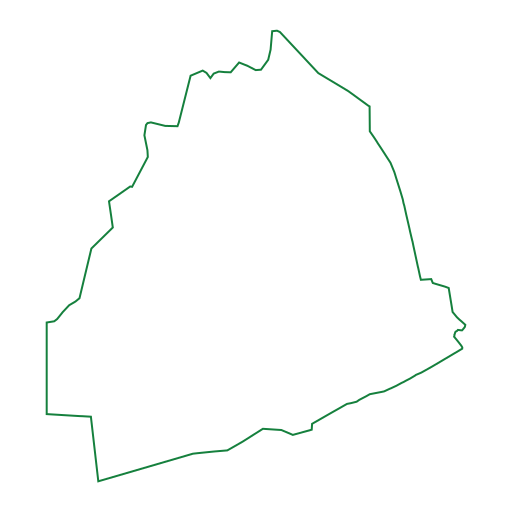 Sana'a City Outskirts - Hamdan, Sana'a, Yemen (Natural Earth projection)
{"feature_id": "15242507B72853055261657", "entity_name": "Sana'a City Outskirts - Hamdan", "entity_type": "district", "adm_level": 2, "iso_a3": "YEM", "parent_name": "Yemen", "parent_adm1": "Sana'a", "projection": "natural_earth1", "projection_center": [44.145, 15.413], "detail": "fine", "context": "isolated", "style": "outline", "palette": "green", "viewbox_px": 512, "rotation_deg": 0, "n_neighbors": 0, "source": "geoboundaries", "source_scale": "gbopen_adm2", "svg_char_len": 2124}
<svg xmlns="http://www.w3.org/2000/svg" viewBox="0 0 512 512"><path d="M239.1,62.5L230.7,72.3L224.6,72.1L220.4,71.7L218.8,71.6L213.7,73.6L210.4,78.1L206.5,72.9L202.7,70.6L190.6,75.7L178.8,122.5L177.5,126.2L165.2,125.9L150.9,122.4L147.5,123.1L146.0,125.0L144.4,135.3L147.4,150.1L147.5,151.4L147.7,154.8L147.8,157.0L132.1,186.8L130.2,186.5L109.0,201.3L111.1,215.6L112.7,226.8L112.8,227.5L91.4,248.5L84.3,278.1L79.5,298.2L75.5,301.5L69.2,305.2L62.8,312.0L59.3,316.4L57.1,319.1L54.2,321.3L46.7,322.5L46.7,353.9L46.7,361.2L46.7,361.9L46.7,378.9L46.7,390.7L46.7,414.1L79.7,416.1L82.4,416.2L90.9,416.7L98.3,481.3L192.9,453.7L197.4,453.2L214.1,451.5L227.3,450.4L242.7,441.6L254.5,434.1L262.9,428.8L275.0,429.6L281.3,430.0L291.5,434.3L292.8,434.9L311.7,429.7L312.1,423.8L333.6,411.5L339.3,408.3L343.3,406.0L347.0,403.9L350.7,403.2L352.3,402.8L356.7,401.7L357.2,401.3L357.7,401.0L358.2,400.6L359.2,399.9L363.6,397.6L366.3,396.2L369.8,394.2L381.7,391.9L383.6,391.5L384.1,391.4L389.9,388.7L391.2,388.2L392.0,387.8L395.0,386.4L396.1,385.9L401.6,382.9L403.6,382.0L405.9,380.7L410.0,378.6L411.5,377.7L415.0,375.6L415.9,374.9L419.7,373.3L421.3,372.6L425.6,370.2L432.0,366.6L462.2,348.7L462.3,347.4L461.3,345.7L458.2,341.7L454.1,336.7L454.4,335.9L454.4,334.7L454.8,333.9L454.9,333.4L455.2,332.4L455.6,331.7L457.2,330.8L457.9,329.9L458.7,330.0L461.0,330.3L462.1,330.3L462.9,329.4L464.6,327.3L464.9,326.7L465.1,325.8L465.3,324.8L461.3,321.2L459.3,319.5L456.9,317.2L452.6,312.0L451.7,306.3L451.6,305.7L451.5,305.1L448.7,288.0L444.9,286.6L435.7,283.9L433.5,283.2L432.8,283.0L431.2,279.1L420.9,279.8L420.0,276.3L418.2,267.9L417.9,266.8L413.9,248.2L413.5,246.4L412.5,241.5L412.2,240.5L410.0,231.2L409.5,228.8L408.4,224.0L406.2,214.5L404.3,205.8L403.5,203.1L402.8,199.5L400.4,191.4L396.0,177.5L395.1,174.5L394.3,172.0L393.4,169.8L390.5,162.8L388.1,159.1L381.0,148.1L377.6,143.0L377.3,142.4L373.9,137.2L369.8,131.3L369.8,130.6L369.6,106.4L368.3,105.7L348.4,91.2L318.3,73.1L279.9,32.0L277.0,30.7L272.2,31.2L271.9,34.5L270.6,49.6L268.2,59.8L261.7,68.7L261.0,69.7L255.7,70.1L247.6,65.9L239.1,62.5Z" fill="none" stroke="#15803d" stroke-width="2"/></svg>